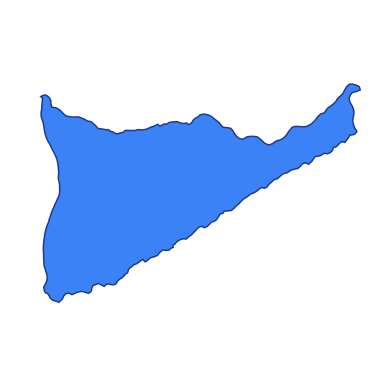 the district of Icaraí de Minas, Minas Gerais, Brazil, rotated 5°
{"feature_id": "56859067B22944648625044", "entity_name": "Icaraí de Minas", "entity_type": "district", "adm_level": 2, "iso_a3": "BRA", "parent_name": "Brazil", "parent_adm1": "Minas Gerais", "projection": "orthographic", "projection_center": [-44.889, -16.228], "detail": "fine", "context": "isolated", "style": "filled", "palette": "blue", "viewbox_px": 384, "rotation_deg": 5, "n_neighbors": 0, "source": "geoboundaries", "source_scale": "gbopen_adm2", "svg_char_len": 4137}
<svg xmlns="http://www.w3.org/2000/svg" viewBox="0 0 384 384"><g transform="rotate(5 192 192)"><path d="M305.8,154.2L307.2,152.4L308.8,150.9L310.4,148.1L311.5,145.9L313.6,145.6L317.2,144.3L320.2,141.9L323.5,142.1L326.0,140.9L328.3,138.6L328.9,135.3L331.3,134.6L333.1,133.0L334.6,130.6L337.3,128.7L340.0,129.3L341.4,126.9L342.9,124.8L344.2,121.6L347.2,121.0L349.3,120.0L351.0,117.4L349.3,115.0L347.6,112.5L346.8,109.9L345.9,107.9L346.0,104.6L346.4,101.2L346.3,97.8L345.5,95.3L344.4,92.8L342.8,90.6L341.5,88.6L340.4,85.8L340.9,82.2L342.8,79.2L344.8,78.3L347.4,77.4L350.7,75.6L349.5,72.6L347.3,71.5L345.1,71.0L342.5,70.5L339.5,70.9L337.1,73.3L335.0,77.6L333.6,81.1L331.9,82.9L330.4,84.5L328.5,86.9L327.6,89.0L325.4,91.7L322.7,94.3L320.3,96.1L318.7,98.5L317.0,101.5L313.4,103.0L311.0,105.6L309.4,108.1L308.0,110.4L305.5,113.2L303.1,115.2L300.2,116.8L296.9,117.4L294.2,117.4L290.9,117.5L288.0,117.9L286.0,119.0L284.5,121.3L282.9,123.5L281.4,126.6L279.9,128.6L278.3,130.5L275.3,132.5L272.7,133.3L270.5,134.5L268.1,136.8L264.3,138.5L260.2,137.1L257.4,134.9L254.7,132.9L252.2,131.4L248.3,131.2L246.1,131.4L242.4,132.0L239.9,133.7L237.6,135.1L234.3,134.5L231.3,132.4L229.1,130.0L227.2,127.2L225.0,125.2L221.1,124.8L217.7,124.9L215.5,123.4L213.0,120.5L209.9,118.5L206.8,116.5L204.8,115.1L202.1,114.0L199.1,113.4L196.2,113.5L193.2,114.5L191.6,116.5L189.1,118.1L187.0,120.2L185.6,123.2L182.9,125.2L180.7,123.7L177.9,124.5L174.1,124.2L171.0,123.2L167.2,123.8L163.4,124.6L160.8,126.6L158.5,126.6L156.3,128.1L153.9,129.1L152.0,127.5L149.6,129.0L147.6,130.1L145.1,131.1L142.4,132.8L140.2,133.7L137.0,134.5L133.0,134.5L130.2,135.6L127.2,135.9L124.4,136.2L122.1,136.2L120.0,136.6L118.2,138.7L115.6,139.2L112.9,140.6L110.0,140.2L107.7,139.0L105.4,138.6L103.4,137.2L100.3,137.4L97.0,137.1L92.8,136.9L90.3,134.4L87.3,132.1L85.0,130.7L81.5,130.4L78.2,128.7L75.5,128.0L73.3,127.3L71.0,127.2L67.9,127.6L65.0,127.8L60.5,127.3L58.3,126.2L55.7,124.0L52.7,121.5L49.3,120.0L45.0,119.7L43.7,116.5L43.4,113.4L42.0,110.8L40.0,109.2L37.7,108.1L35.3,108.7L33.0,110.1L34.9,111.6L34.9,113.9L34.9,118.1L35.0,122.6L34.8,125.6L34.9,128.1L35.3,130.4L36.3,132.6L37.7,136.0L38.6,139.1L39.3,142.2L40.3,145.8L41.3,148.5L42.3,150.9L43.8,153.6L45.8,156.3L47.9,159.6L49.1,161.8L50.6,164.0L52.3,166.8L53.8,169.5L54.8,171.7L55.7,175.0L56.5,178.4L57.1,181.8L57.5,184.5L57.6,190.2L58.6,193.2L59.5,196.8L59.8,200.0L60.2,202.6L60.0,205.9L59.5,208.2L58.5,210.9L57.4,214.1L56.5,216.4L55.8,218.7L54.9,221.3L53.8,225.0L53.0,228.5L52.2,231.6L51.7,234.6L50.6,237.8L49.9,241.3L49.4,244.1L49.0,246.8L48.9,249.4L48.8,252.1L48.7,255.4L48.7,258.9L48.8,261.5L49.3,264.8L49.8,268.5L50.0,271.4L50.5,274.0L50.7,276.6L51.4,279.3L52.6,281.8L53.6,284.4L54.6,287.0L55.3,290.0L55.1,293.1L54.0,296.3L52.6,299.7L53.5,303.1L54.6,305.1L56.9,305.6L58.6,307.7L59.9,309.9L62.9,312.1L66.5,312.7L69.0,313.5L70.5,311.7L72.2,310.0L73.3,306.7L75.3,304.2L78.2,303.5L81.4,304.7L83.4,303.6L85.6,302.3L88.1,301.3L91.2,300.6L94.4,301.2L97.7,302.0L100.3,299.7L100.7,296.2L101.5,293.8L103.7,292.8L106.8,291.3L110.3,292.6L112.8,293.7L115.1,291.1L117.4,291.1L119.9,291.3L122.2,291.2L124.4,290.1L125.6,287.1L127.9,284.8L129.8,283.5L131.3,281.9L132.5,279.9L134.8,278.1L135.8,273.9L138.1,272.0L140.3,269.6L143.1,268.3L146.2,265.7L148.7,263.4L151.5,265.7L153.4,264.2L155.0,262.5L156.8,260.9L159.6,260.0L163.1,258.2L164.8,255.4L166.4,253.8L167.9,252.2L170.8,252.5L174.2,251.9L175.8,249.9L178.1,248.8L177.6,246.6L179.5,245.4L180.7,243.5L182.7,241.6L185.0,240.2L187.5,239.3L190.3,239.4L192.9,236.6L195.6,234.4L197.0,232.3L198.8,230.4L200.5,227.9L202.5,226.1L205.1,225.3L207.2,226.5L209.8,225.3L211.7,223.3L213.8,220.5L217.0,219.0L219.0,217.3L220.4,214.6L222.0,211.3L224.6,210.6L225.9,208.1L228.8,207.8L233.0,206.9L235.5,204.3L237.7,201.6L239.8,199.6L241.6,197.2L243.8,194.5L246.3,192.8L248.3,191.1L250.7,188.8L254.0,187.3L256.7,185.3L258.8,183.1L260.9,181.3L263.7,182.0L266.2,180.6L267.8,177.8L270.6,174.9L273.0,172.3L276.0,171.2L277.5,169.6L279.4,167.5L281.6,165.7L285.0,164.6L288.4,161.8L292.2,160.3L295.5,159.2L297.5,157.3L298.7,155.2L300.6,153.7L302.6,153.0L305.8,154.2Z" fill="#3b82f6" stroke="#1e3a8a" stroke-width="1.5"/></g></svg>